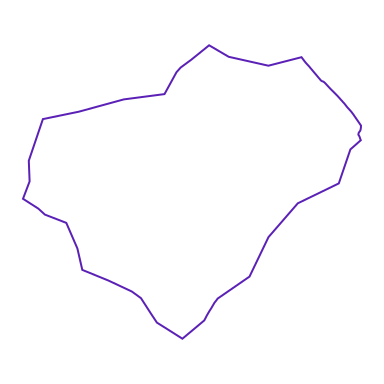 outline of Saixandulaan, Dornogovi, Mongolia
{"feature_id": "93677404B55726932158905", "entity_name": "Saixandulaan", "entity_type": "district", "adm_level": 2, "iso_a3": "MNG", "parent_name": "Mongolia", "parent_adm1": "Dornogovi", "projection": "equal_earth", "projection_center": [109.601, 44.783], "detail": "fine", "context": "isolated", "style": "outline", "palette": "violet", "viewbox_px": 384, "rotation_deg": 0, "n_neighbors": 0, "source": "geoboundaries", "source_scale": "gbopen_adm2", "svg_char_len": 1229}
<svg xmlns="http://www.w3.org/2000/svg" viewBox="0 0 384 384"><path d="M78.8,111.7L42.9,119.1L28.8,160.7L29.6,181.4L23.0,198.8L38.3,208.6L44.9,214.6L66.3,222.9L77.4,248.5L82.3,269.9L108.3,280.5L131.8,291.5L141.0,298.2L151.0,313.7L156.9,322.6L182.4,338.7L204.3,320.4L206.9,315.4L209.4,311.1L211.1,308.5L214.5,302.7L214.9,302.2L215.3,301.7L216.1,300.7L217.3,299.1L217.6,298.6L249.5,276.6L268.5,237.1L297.8,203.3L338.8,183.4L350.4,149.4L360.8,140.2L360.1,138.5L359.8,137.4L359.0,135.6L358.4,134.8L358.4,134.2L358.5,133.8L358.6,133.2L358.9,132.5L359.3,132.0L360.3,130.6L360.6,129.5L360.9,127.8L361.0,125.6L358.9,122.5L354.4,116.0L353.4,114.5L351.2,111.6L347.2,107.2L346.2,105.9L344.4,103.6L343.7,102.8L342.9,102.0L342.3,101.2L341.3,100.2L340.0,98.7L339.2,97.8L338.3,96.8L337.0,95.4L335.8,94.2L335.3,93.7L334.3,92.7L332.8,91.2L331.8,90.2L330.5,88.9L328.8,87.1L327.8,86.0L325.4,83.4L324.5,82.5L323.5,81.7L322.1,81.2L321.5,80.9L321.0,80.5L320.7,80.2L319.8,79.1L317.9,76.9L316.6,75.3L314.7,73.1L313.2,71.3L310.5,68.1L309.2,66.5L307.7,64.9L305.7,62.7L304.5,61.2L301.5,57.2L268.4,65.7L228.7,56.8L209.1,45.3L202.3,50.8L191.3,59.7L180.7,67.5L176.5,72.2L164.5,94.1L123.8,99.4L78.8,111.7Z" fill="none" stroke="#5b21b6" stroke-width="2"/></svg>